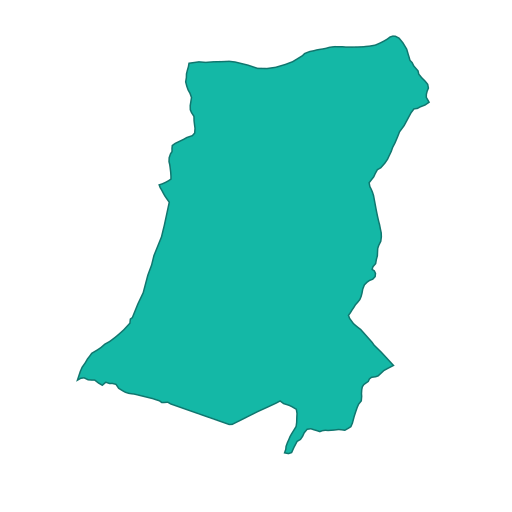 Vihiga, Western, Kenya (Natural Earth projection), rotated 352°
{"feature_id": "3690345B61928390686387", "entity_name": "Vihiga", "entity_type": "district", "adm_level": 2, "iso_a3": "KEN", "parent_name": "Kenya", "parent_adm1": "Western", "projection": "natural_earth1", "projection_center": [34.696, 0.032], "detail": "fine", "context": "isolated", "style": "filled", "palette": "teal", "viewbox_px": 512, "rotation_deg": 352, "n_neighbors": 0, "source": "geoboundaries", "source_scale": "gbopen_adm2", "svg_char_len": 3623}
<svg xmlns="http://www.w3.org/2000/svg" viewBox="0 0 512 512"><g transform="rotate(352 256 256)"><path d="M210.6,73.8L211.1,78.2L211.9,82.1L213.3,85.7L214.2,90.1L213.0,94.0L211.8,97.9L211.3,102.1L212.1,105.0L214.0,109.1L213.5,113.4L213.4,117.5L213.4,121.1L212.4,125.7L209.7,128.0L206.9,128.5L203.8,129.1L200.6,130.4L196.2,131.8L191.8,133.2L188.5,134.9L187.8,137.7L187.4,140.9L185.6,142.9L183.7,146.6L183.0,150.5L183.3,153.7L183.3,156.6L183.2,161.1L182.9,165.1L182.5,168.0L180.1,169.2L176.7,170.5L173.3,171.5L170.0,172.1L170.7,175.1L171.9,177.9L173.0,181.0L174.1,183.8L175.8,187.2L177.6,190.7L169.4,213.1L167.9,216.8L165.1,223.9L155.0,241.4L151.4,250.4L147.7,257.2L146.2,260.0L142.0,270.0L139.2,276.7L132.4,287.0L125.0,299.8L122.8,301.0L121.8,305.0L114.7,310.8L109.8,314.1L105.0,317.1L99.2,320.3L94.0,322.3L89.7,325.1L86.0,326.9L79.8,329.5L77.1,332.3L74.9,334.4L71.9,338.2L68.4,341.9L66.0,345.8L61.9,354.1L65.4,352.7L68.8,352.7L72.5,355.2L76.1,356.0L79.0,356.4L82.4,359.9L85.8,362.6L89.7,360.1L93.3,361.9L96.0,362.2L99.5,363.6L101.6,367.9L105.1,370.8L107.6,372.7L110.9,374.3L113.6,375.1L116.0,375.7L133.8,382.8L137.0,384.4L140.3,386.0L142.3,388.0L144.8,388.3L148.3,388.5L150.9,390.6L206.0,419.1L209.0,419.4L236.0,410.3L246.8,407.1L252.4,405.4L255.6,404.4L259.7,402.9L262.8,406.0L266.0,407.5L268.2,408.6L270.6,410.2L274.6,413.4L274.7,417.7L274.0,421.3L273.1,426.5L272.0,430.4L269.3,433.7L266.3,437.3L264.5,439.7L263.0,442.3L261.2,445.1L259.3,448.7L258.6,451.6L256.9,454.9L260.7,456.2L263.9,455.6L267.0,450.7L270.9,445.3L274.5,443.8L277.0,441.1L279.1,437.8L282.5,434.7L286.3,434.7L289.1,436.1L292.0,437.4L294.8,438.8L297.4,438.2L300.5,438.2L303.0,438.8L308.8,439.2L313.7,439.3L317.0,440.1L319.7,440.9L323.3,439.5L326.2,438.2L328.2,434.9L331.0,428.3L333.1,424.0L335.2,419.9L337.0,417.0L340.1,414.1L341.1,409.7L341.3,406.9L342.1,403.1L343.1,400.3L344.9,398.3L347.2,397.1L349.7,395.8L351.2,393.5L353.5,392.2L357.8,392.2L360.3,391.7L364.0,389.1L366.7,387.2L371.2,385.5L376.9,383.5L366.5,368.5L360.5,360.7L358.9,357.6L349.4,343.3L347.0,340.9L344.8,338.5L343.0,336.4L341.6,333.8L340.0,330.8L339.3,327.6L341.4,325.5L343.7,322.7L345.8,320.4L347.6,318.2L350.2,316.0L352.8,313.5L354.5,310.6L355.8,307.5L357.1,303.6L359.3,299.7L362.3,297.4L365.0,296.0L368.4,295.2L371.1,293.0L371.9,289.9L371.1,287.2L369.1,285.4L370.3,282.9L373.4,280.2L374.7,276.2L376.2,272.7L377.0,268.4L377.6,265.4L379.0,262.6L381.6,258.8L382.8,254.5L383.2,250.6L382.9,246.0L382.7,242.1L382.3,238.9L381.9,234.3L381.6,229.8L381.4,226.1L381.2,221.5L381.0,217.1L380.8,212.5L380.2,209.0L379.4,206.0L378.4,203.1L378.2,199.2L381.2,196.3L383.6,194.0L385.5,191.0L388.2,187.4L391.8,186.0L396.5,182.0L399.7,178.5L401.9,175.1L404.5,171.2L406.4,167.5L409.4,163.3L412.4,158.3L413.9,155.7L415.4,153.0L420.8,147.5L429.4,135.8L432.9,132.3L436.4,132.3L439.3,131.2L444.4,130.0L448.8,127.8L446.7,122.6L447.2,119.6L448.4,116.6L450.1,113.7L449.9,109.9L447.8,106.4L444.8,102.4L442.5,98.6L442.2,95.2L440.5,92.6L438.7,89.8L437.5,86.2L435.7,83.7L435.3,80.7L434.8,77.6L434.0,72.1L431.1,65.3L428.0,60.2L424.6,57.8L422.1,57.3L419.2,57.8L416.2,59.5L412.8,60.9L408.8,62.3L406.0,63.1L403.4,63.8L397.5,64.0L394.0,63.8L391.6,63.8L385.8,63.2L380.2,62.5L374.4,61.7L370.6,60.8L366.2,60.2L363.2,59.7L360.5,59.6L357.7,59.6L354.3,60.1L350.6,60.3L348.0,60.3L344.9,60.4L341.7,60.8L337.8,61.0L335.1,61.6L332.3,62.3L329.9,64.1L327.4,65.2L319.3,68.7L311.8,70.4L301.8,71.9L296.2,71.9L293.0,71.9L283.6,70.4L274.6,65.9L262.3,61.0L256.6,59.5L249.2,58.8L241.0,57.8L233.1,57.3L226.5,55.8L216.5,55.8L215.4,59.2L213.9,62.5L212.5,66.0L211.9,69.6L210.6,73.8Z" fill="#14b8a6" stroke="#0f766e" stroke-width="1.5"/></g></svg>